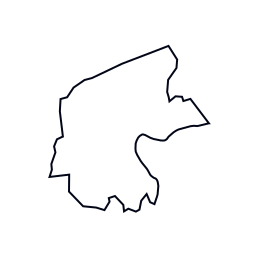 Daviess, Kentucky, United States of America, rotated 131°
{"feature_id": "52423323B15585181357982", "entity_name": "Daviess", "entity_type": "district", "adm_level": 2, "iso_a3": "USA", "parent_name": "United States of America", "parent_adm1": "Kentucky", "projection": "albers", "projection_center": [-87.088, 37.746], "detail": "fine", "context": "isolated", "style": "outline", "palette": "ink", "viewbox_px": 256, "rotation_deg": 131, "n_neighbors": 0, "source": "geoboundaries", "source_scale": "gbopen_adm2", "svg_char_len": 1167}
<svg xmlns="http://www.w3.org/2000/svg" viewBox="0 0 256 256"><g transform="rotate(131 128 128)"><path d="M39.5,151.3L83.5,174.7L114.0,188.0L120.3,192.3L133.2,195.6L144.7,194.1L150.4,197.9L160.1,190.4L177.2,171.5L178.8,172.3L183.2,174.2L190.4,171.7L194.0,166.8L205.5,162.2L209.4,158.1L216.4,155.1L201.8,141.8L214.7,130.8L216.5,110.5L208.9,99.8L205.4,91.9L195.7,93.6L193.5,96.5L187.9,93.2L189.1,81.1L193.5,76.3L188.7,74.8L185.9,67.2L182.1,65.8L174.2,70.3L165.6,70.6L169.5,62.6L168.1,58.1L160.8,61.1L158.7,62.1L151.8,67.1L149.2,70.2L148.3,71.9L148.0,73.4L148.1,74.3L148.6,75.6L148.8,77.1L148.9,79.0L148.7,80.6L147.1,84.8L146.4,87.1L145.2,94.0L144.5,97.0L142.3,103.4L141.5,105.1L140.7,106.7L138.9,108.6L138.7,108.8L134.7,112.0L131.9,113.2L128.6,114.0L126.2,113.9L123.7,113.1L123.0,112.5L122.0,110.3L120.7,104.6L119.4,101.3L115.9,95.1L114.3,93.1L113.3,92.2L112.5,91.8L110.7,91.4L108.0,91.7L101.4,90.8L98.3,89.9L95.8,88.8L85.5,81.9L83.2,79.8L81.5,77.6L81.2,77.1L79.8,76.0L71.5,70.1L71.4,70.0L65.1,100.0L71.3,103.9L69.0,107.7L72.9,112.9L80.7,114.2L78.1,117.4L75.1,122.1L65.3,129.3L50.9,130.8L44.1,135.8L39.5,151.3Z" fill="none" stroke="#020617" stroke-width="2"/></g></svg>